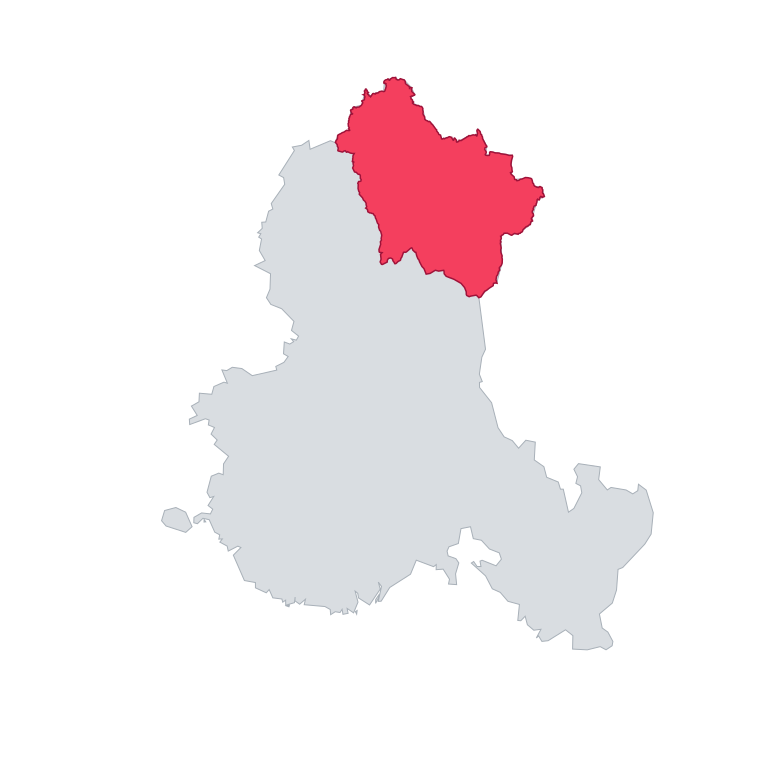 location of Xinjiang within China, rotated 80°
{"feature_id": "CHN-1756", "entity_name": "Xinjiang", "entity_type": "Autonomous Region", "adm_level": 1, "iso_a3": "CHN", "parent_name": "China", "parent_adm1": "", "projection": "equal_earth", "projection_center": [83.367, 41.753], "detail": "fine", "context": "in_parent", "style": "filled", "palette": "rose", "viewbox_px": 768, "rotation_deg": 80, "n_neighbors": 0, "source": "natural_earth", "source_scale": "10m", "svg_char_len": 9754}
<svg xmlns="http://www.w3.org/2000/svg" viewBox="0 0 768 768"><g transform="rotate(80 384 384)"><path d="M459.9,577.1L444.8,570.1L443.1,562.2L445.4,558.1L434.8,555.9L428.2,549.6L414.0,561.7L410.2,558.0L403.3,563.0L397.4,558.5L393.8,564.1L389.1,562.5L387.2,565.9L390.2,582.4L384.8,581.8L382.5,573.4L372.3,577.5L369.4,569.3L361.0,567.4L364.2,555.4L356.9,551.9L354.4,541.3L356.0,538.1L342.0,541.2L343.5,536.5L341.2,530.5L344.1,521.3L352.9,512.3L351.7,487.2L347.9,487.5L345.3,478.8L340.3,473.6L336.8,477.7L325.3,474.9L328.3,469.8L326.6,465.6L323.4,467.5L325.6,462.7L322.0,459.8L315.2,465.8L306.7,461.8L292.1,471.7L286.0,481.6L278.6,484.8L270.8,479.8L255.7,476.6L244.9,490.9L241.8,479.6L230.9,483.6L219.9,479.4L217.6,481.9L214.6,479.2L213.1,482.2L209.6,476.9L203.5,476.3L203.9,472.3L193.8,467.6L192.4,463.1L186.7,463.7L170.1,447.1L163.3,447.0L159.9,451.3L138.5,431.7L134.7,433.1L134.6,423.7L131.1,415.7L140.0,416.0L135.1,394.5L137.7,390.5L130.5,385.5L128.2,374.0L108.7,369.3L106.0,366.0L105.5,357.7L90.5,350.9L98.3,347.5L96.1,344.6L95.9,333.6L85.3,330.8L84.1,319.3L87.0,317.6L88.1,311.3L97.0,305.4L104.5,303.5L105.6,307.8L112.2,307.1L118.5,298.1L130.9,297.4L137.4,291.0L152.6,284.6L152.1,276.3L155.9,273.6L154.4,271.4L158.4,269.8L154.3,257.6L155.7,249.6L149.6,247.4L167.8,241.4L176.0,244.3L176.9,240.5L174.0,238.3L181.1,218.1L198.3,222.6L205.1,219.7L206.9,204.0L215.1,201.4L218.2,194.4L227.2,193.5L229.0,201.0L252.0,212.0L259.6,225.9L256.5,239.2L258.8,243.4L285.2,246.7L303.9,255.3L303.9,258.4L315.7,275.6L367.4,278.0L374.6,283.0L390.9,288.4L398.7,286.8L399.0,289.7L404.0,290.5L421.1,281.3L446.8,279.3L456.9,274.9L462.0,267.5L470.6,262.6L464.0,254.1L467.5,245.1L484.9,249.2L493.2,240.9L504.1,240.0L510.8,229.4L518.2,228.5L518.7,225.7L542.3,224.6L539.5,218.6L525.5,208.1L518.4,208.1L515.2,212.3L508.9,209.5L500.9,211.8L496.2,206.3L503.2,185.4L515.4,189.2L527.1,182.5L525.3,178.4L530.4,164.0L535.4,158.1L533.1,152.6L526.9,150.8L534.0,144.2L557.5,141.2L578.2,147.0L587.0,155.0L606.2,180.8L607.2,185.7L627.3,190.8L639.4,197.2L647.9,211.8L662.2,211.5L667.2,206.6L677.3,203.3L681.4,204.8L684.3,211.5L680.2,216.7L681.1,230.0L677.8,244.3L664.6,241.7L657.6,247.9L665.3,267.0L664.9,273.2L659.0,275.5L660.6,278.1L652.8,272.0L652.5,279.2L646.0,284.6L637.2,285.3L640.9,290.4L640.1,293.3L624.6,288.9L619.5,299.7L609.4,305.7L604.5,312.9L590.6,317.3L575.5,329.1L574.4,326.5L579.9,324.0L580.6,320.2L575.1,320.2L574.6,318.0L582.5,305.2L576.9,298.8L570.3,299.8L564.8,308.8L554.8,315.2L551.8,322.9L539.6,323.6L539.8,333.3L554.0,338.5L555.6,348.3L559.5,350.9L564.4,350.7L568.5,343.5L573.2,341.4L583.4,346.5L594.2,347.3L592.2,355.2L587.6,353.4L576.6,357.9L575.9,364.9L570.9,363.9L572.5,366.9L563.1,382.8L575.9,390.9L585.4,413.7L597.4,424.5L597.1,427.4L582.9,421.6L578.1,424.0L585.3,423.3L599.1,436.6L590.3,446.2L585.5,446.2L583.0,448.4L594.3,447.5L604.1,453.7L598.6,459.3L603.6,459.2L603.7,464.4L598.6,464.4L601.4,467.0L599.8,471.6L601.9,476.6L596.7,476.1L592.9,480.8L587.5,500.9L582.3,498.7L586.2,505.3L582.0,509.4L578.4,508.5L583.8,510.2L584.8,519.2L579.8,518.4L581.3,521.6L578.0,521.9L575.3,530.6L566.5,532.8L569.2,536.2L562.4,546.0L557.2,545.1L553.3,555.6L526.4,562.1L520.2,553.3L518.3,556.1L521.5,566.4L516.4,566.6L511.2,573.1L508.5,570.1L508.1,573.6L504.0,572.0L500.5,576.4L487.3,579.7L484.8,585.6L489.2,592.0L487.6,595.4L482.3,594.3L479.3,586.0L481.8,577.5L477.5,574.4L473.1,578.4L465.2,571.2L465.7,575.2L459.9,577.1ZM491.2,597.8L495.7,605.0L486.0,623.3L480.0,626.8L470.5,622.0L469.5,610.4L475.8,601.6L491.2,597.8ZM598.6,430.4L594.8,429.6L591.0,425.9L593.8,426.6L598.6,430.4ZM605.9,450.9L603.2,451.7L602.4,449.8L605.9,450.9ZM586.9,516.3L585.6,518.6L585.5,515.6L586.9,516.3ZM486.2,584.7L488.8,583.5L488.7,585.2L486.2,584.7Z" fill="#d9dde1" stroke="#a8b0b8" stroke-width="1"/><path d="M126.5,374.6L125.7,373.7L124.2,374.3L121.3,374.1L120.2,373.3L118.8,373.3L117.9,372.6L116.2,372.4L115.7,371.7L114.8,371.6L113.9,370.7L112.8,370.2L112.6,369.7L112.8,368.6L112.5,368.1L111.1,369.1L108.6,369.4L108.3,369.1L107.9,367.0L106.4,366.6L105.9,365.8L105.9,365.1L106.7,364.6L106.7,363.9L107.2,363.5L106.7,362.5L106.9,360.3L105.6,357.8L103.6,356.2L102.8,356.1L102.1,356.3L101.9,356.7L101.3,356.7L100.8,354.3L100.2,353.8L98.9,353.5L98.0,352.9L96.1,353.2L95.5,354.1L95.4,353.4L94.8,352.6L94.0,352.6L93.4,352.1L92.1,352.5L91.5,351.7L90.5,351.1L90.4,350.5L91.3,350.4L91.8,349.6L93.1,349.7L94.2,348.7L94.9,349.9L95.9,349.7L96.5,349.0L97.8,348.5L98.1,347.6L98.8,347.3L96.1,344.6L96.1,343.8L96.9,342.3L96.1,341.4L96.5,340.7L96.2,340.5L96.2,338.8L95.3,338.0L95.2,335.1L95.9,333.9L95.9,332.7L95.2,332.0L94.5,331.9L94.0,331.4L90.7,329.9L89.7,330.2L88.7,329.9L88.3,330.7L87.8,330.9L88.0,331.6L87.8,331.8L86.6,331.8L85.3,330.8L84.7,329.2L84.8,328.1L84.2,327.2L84.6,326.5L85.6,326.3L85.8,326.0L85.7,325.5L84.6,324.5L84.3,323.5L83.7,322.6L84.1,320.7L84.1,319.3L86.2,319.0L86.6,318.0L87.1,317.5L86.9,315.8L86.3,315.3L86.2,314.8L87.6,312.3L87.8,311.6L88.3,311.1L90.0,310.5L91.4,310.7L92.1,310.5L95.6,307.4L97.2,307.5L96.5,306.2L97.1,305.0L98.7,305.9L100.1,305.6L100.7,305.9L104.2,303.4L104.8,303.7L105.1,305.2L105.5,305.8L105.2,306.7L105.6,308.0L106.5,307.7L107.9,307.9L108.5,307.1L109.5,306.6L110.5,306.9L111.4,305.9L111.7,306.0L112.0,307.1L112.3,307.2L113.8,306.0L114.7,304.3L115.4,303.7L115.7,301.6L116.9,300.5L117.0,299.2L118.0,298.3L119.5,297.9L120.6,298.3L122.8,298.2L124.5,298.7L126.0,298.5L127.9,297.6L130.4,297.9L131.6,296.9L132.5,295.4L133.3,294.8L133.2,293.9L133.4,293.4L135.0,292.4L136.1,292.1L136.5,291.4L142.0,288.7L142.9,288.0L144.0,288.2L146.3,286.9L147.7,286.7L148.7,285.1L152.6,284.7L152.9,284.0L152.4,282.6L153.0,282.0L152.3,279.4L152.5,278.6L152.0,277.8L151.8,276.6L152.9,274.4L153.8,274.4L156.0,273.5L155.9,273.0L154.2,272.3L154.0,271.9L154.2,271.6L156.7,270.2L157.9,270.6L158.3,270.5L158.5,270.0L158.1,268.3L157.0,267.7L157.7,265.9L155.4,260.0L154.9,259.2L154.8,258.2L154.1,257.3L154.5,255.9L154.1,253.0L154.7,251.1L154.4,250.4L155.8,249.8L155.8,249.4L153.3,248.3L150.8,248.6L149.6,247.9L149.4,247.6L149.5,247.2L152.0,245.5L154.8,245.3L155.4,244.6L156.3,244.6L157.9,244.1L159.4,244.3L166.3,242.2L167.5,241.5L168.3,241.6L168.5,242.0L168.8,243.4L170.3,244.1L173.3,243.0L174.2,243.3L175.5,244.4L176.2,244.3L176.9,242.7L177.1,240.6L175.9,240.0L174.4,239.8L173.7,239.1L174.5,236.5L175.7,234.4L176.5,230.6L177.6,228.9L179.2,223.8L180.6,221.2L181.0,217.9L182.3,217.8L185.9,219.6L189.6,220.8L191.2,220.9L193.2,220.5L195.7,220.8L197.1,220.7L197.9,221.5L197.6,222.5L197.8,222.8L199.5,222.3L202.5,219.9L205.2,219.8L205.8,218.2L206.8,217.9L206.9,217.0L206.8,215.6L206.0,214.3L206.1,212.6L205.2,208.9L205.9,206.2L207.1,203.5L207.8,202.9L209.9,202.6L211.7,202.7L212.8,201.9L214.0,201.9L215.3,201.4L215.7,200.6L217.0,199.0L216.9,198.2L217.4,197.5L216.7,196.6L216.6,196.1L218.0,194.2L219.1,194.4L220.4,193.9L223.2,194.7L223.9,194.5L224.2,194.0L227.2,193.5L227.4,194.3L227.3,195.2L227.8,195.5L227.8,195.9L226.7,196.5L226.5,197.1L227.1,197.5L227.3,198.1L228.8,198.5L229.7,199.1L229.6,199.6L228.6,200.5L229.0,201.1L232.1,202.1L233.2,203.0L234.1,203.0L234.7,203.7L234.7,204.6L235.1,205.5L236.2,205.9L237.1,206.6L238.2,206.6L239.5,208.0L241.2,208.2L242.5,207.4L244.3,207.5L244.6,207.7L244.7,208.4L245.2,208.6L245.5,209.2L246.1,209.4L246.4,210.1L247.8,210.1L248.2,209.9L248.3,209.4L249.3,209.4L249.7,211.0L250.5,211.5L252.3,212.2L252.1,212.6L252.7,213.7L253.3,214.3L253.4,215.4L253.8,215.7L253.7,216.6L256.2,220.3L257.9,221.2L258.5,222.2L258.4,222.8L259.2,223.7L259.2,225.6L259.8,225.9L258.4,229.3L259.0,231.0L259.5,231.7L259.6,232.8L256.9,236.3L256.4,239.6L257.5,240.5L258.0,242.2L258.7,242.7L258.8,243.5L260.6,243.1L261.4,243.4L262.5,244.3L263.7,244.5L264.4,244.1L265.4,245.0L270.5,245.0L272.2,245.8L274.8,246.0L278.5,245.4L279.5,245.9L281.6,245.8L285.3,246.6L287.2,247.6L289.5,250.2L290.8,250.4L292.0,250.3L293.7,252.2L294.6,252.3L296.2,253.2L297.4,254.4L300.8,255.6L304.4,255.2L303.8,256.8L303.9,258.7L306.1,259.4L307.9,263.7L309.5,266.6L310.1,268.7L315.0,273.4L315.5,275.6L312.8,277.4L312.5,278.0L312.5,283.3L312.8,285.0L311.2,287.1L310.2,287.4L307.4,287.0L303.0,287.9L298.3,290.6L292.9,297.1L288.8,304.0L285.9,305.6L283.3,305.3L282.4,305.5L282.3,310.6L280.9,313.7L283.1,319.4L283.1,323.4L277.3,324.6L274.9,326.2L269.8,327.8L268.1,328.0L266.4,328.9L263.5,329.5L259.8,329.8L259.6,330.6L257.1,332.4L255.2,332.7L254.8,333.0L254.7,333.5L255.2,334.6L257.9,339.1L258.0,340.2L257.6,341.4L257.8,342.0L262.2,344.5L263.3,345.6L264.8,346.2L265.2,346.8L265.7,348.7L267.4,351.2L267.5,352.1L267.3,352.6L266.2,352.8L264.2,353.8L262.4,353.9L261.2,355.3L261.0,355.9L261.1,357.6L261.8,358.5L262.7,359.2L264.5,359.7L266.0,364.7L265.7,365.7L263.1,366.6L260.6,365.2L255.7,364.9L254.3,363.1L253.5,365.6L252.7,365.8L250.7,365.6L245.8,363.0L243.3,362.9L241.8,361.5L240.4,361.6L237.1,360.4L233.0,360.8L231.8,361.6L228.5,362.1L226.1,361.5L224.4,362.5L220.3,363.1L219.0,363.6L217.0,363.6L216.3,364.3L214.3,365.1L214.0,366.2L213.4,367.0L213.0,368.4L211.6,370.0L209.2,370.0L207.6,371.5L207.1,370.7L206.2,370.2L204.4,370.5L203.1,370.2L200.8,371.0L199.2,372.3L197.0,372.8L192.9,375.4L191.1,374.8L189.7,375.4L187.0,375.6L182.9,374.7L181.8,375.0L180.2,373.8L180.3,372.3L180.1,371.5L178.7,371.0L177.5,371.6L174.3,371.1L173.3,371.8L173.0,373.0L170.7,374.6L170.3,375.7L170.0,376.2L165.8,377.4L163.8,376.1L161.6,376.2L160.2,375.2L159.8,375.6L159.8,376.4L159.2,376.6L158.1,375.9L156.8,375.8L155.9,375.3L154.0,375.0L151.8,373.3L151.6,374.8L150.7,377.1L148.9,379.5L149.3,380.2L149.2,380.8L148.0,381.3L147.5,381.8L147.8,383.4L148.3,384.2L148.3,384.9L146.5,388.7L145.8,388.9L144.5,388.3L143.2,388.1L141.7,388.7L140.2,388.5L137.6,389.9L136.0,388.9L134.5,387.3L131.5,386.6L130.7,385.9L129.8,382.8L129.2,381.5L129.0,379.9L127.7,376.9L128.4,374.3L128.3,373.8L127.6,373.8L126.5,374.6Z" fill="#f43f5e" stroke="#9f1239" stroke-width="1.5"/></g></svg>